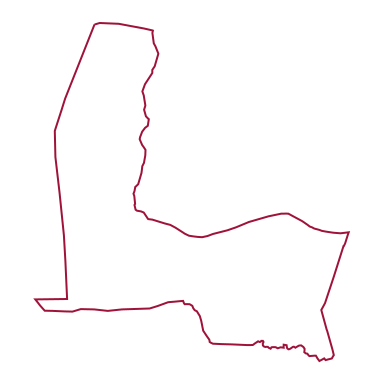 the district of Al Fashaga, Gedarif, Sudan
{"feature_id": "16777658B79230518314977", "entity_name": "Al Fashaga", "entity_type": "district", "adm_level": 2, "iso_a3": "SDN", "parent_name": "Sudan", "parent_adm1": "Gedarif", "projection": "orthographic", "projection_center": [36.017, 14.347], "detail": "fine", "context": "isolated", "style": "outline", "palette": "rose", "viewbox_px": 384, "rotation_deg": 0, "n_neighbors": 0, "source": "geoboundaries", "source_scale": "gbopen_adm2", "svg_char_len": 2776}
<svg xmlns="http://www.w3.org/2000/svg" viewBox="0 0 384 384"><path d="M61.4,110.5L55.5,128.7L54.8,131.0L55.4,157.0L59.6,193.2L63.9,235.3L65.4,261.2L67.1,299.0L35.3,299.4L38.1,302.9L39.2,304.4L40.6,306.1L44.7,310.7L52.9,310.9L64.6,311.4L72.5,311.6L80.8,309.1L94.2,309.4L107.8,310.9L122.0,309.4L149.6,308.5L157.7,306.0L168.2,302.2L174.3,301.7L179.5,301.2L183.1,300.9L183.9,303.1L184.7,304.2L186.4,304.1L189.6,304.2L192.3,305.8L193.3,308.3L194.7,310.2L196.9,311.3L198.1,313.3L199.8,316.0L201.2,320.7L203.2,330.7L206.9,336.3L208.7,338.8L209.3,339.7L209.5,340.6L209.7,342.0L211.0,342.8L212.9,343.7L221.6,344.1L232.1,344.4L247.8,345.1L252.8,345.0L254.8,343.5L258.1,341.3L259.6,342.0L260.6,341.8L261.3,340.9L262.9,340.9L263.5,342.0L262.8,343.5L262.9,345.5L264.1,346.6L265.6,347.0L266.6,346.8L267.9,346.9L268.7,347.8L270.6,348.7L271.5,347.3L273.0,347.1L275.7,347.2L277.7,348.3L280.6,347.3L283.7,347.7L283.6,346.5L283.7,344.7L286.6,345.2L286.8,346.7L287.2,348.3L288.4,349.3L289.6,349.1L291.5,347.9L292.8,346.9L293.9,346.7L295.4,347.7L298.7,345.7L299.7,345.5L301.2,345.4L303.4,347.0L304.6,348.8L304.5,350.6L304.3,352.2L305.8,353.4L307.4,353.7L308.2,354.9L309.4,356.1L314.1,355.7L315.9,355.7L317.6,358.6L319.4,361.0L321.5,359.9L324.2,358.4L325.6,360.1L328.5,359.3L331.8,358.5L331.9,358.4L332.9,356.5L333.8,355.1L332.5,349.7L327.1,330.6L326.7,329.7L321.3,310.0L325.0,303.2L333.7,277.0L343.5,246.1L343.8,246.1L345.1,243.5L347.8,234.9L348.7,232.3L340.5,233.3L333.1,232.7L325.9,231.6L322.1,230.9L321.9,230.9L319.4,229.9L319.0,229.8L314.1,228.5L312.2,227.4L309.7,226.5L307.5,224.8L302.3,221.2L293.2,216.3L288.4,213.7L287.9,213.7L286.8,213.6L286.1,213.6L281.1,213.7L268.6,216.3L248.5,222.1L248.4,222.2L236.1,227.3L227.4,230.3L212.9,234.0L207.6,236.0L202.1,237.2L197.6,236.9L193.4,236.4L188.9,235.7L184.4,233.5L183.6,232.9L175.5,227.7L170.3,224.9L164.6,223.4L152.3,219.6L148.2,219.1L148.0,218.9L143.8,212.6L143.7,212.5L141.0,211.4L137.0,210.7L135.6,209.7L134.5,205.0L134.6,204.9L135.0,204.0L135.1,203.9L134.3,196.0L134.2,195.7L133.5,193.7L134.5,191.1L135.2,187.3L135.2,187.1L138.1,184.3L138.2,184.2L141.4,173.2L141.5,173.0L141.5,172.8L141.9,169.8L142.3,166.2L144.0,162.8L144.0,162.7L145.3,155.3L145.5,149.9L144.1,147.7L142.1,144.9L139.7,139.3L139.7,139.1L140.1,137.0L140.2,136.9L142.2,131.6L142.4,131.4L144.8,128.2L145.0,127.9L147.8,125.8L148.8,119.2L148.6,119.1L146.0,116.4L145.9,116.2L144.1,109.7L145.3,105.8L145.3,105.7L145.3,105.1L143.8,95.8L143.8,95.6L143.7,95.3L142.4,91.5L142.4,91.3L145.0,84.2L152.3,73.0L152.3,69.9L154.5,66.6L154.7,66.3L158.3,53.9L158.3,53.5L155.3,46.0L155.1,45.7L153.8,43.4L152.4,33.0L152.4,32.9L152.9,30.6L152.4,30.4L144.0,28.5L130.5,26.0L118.8,23.8L99.7,23.0L94.6,24.5L94.4,24.4L94.5,24.5L65.1,98.7L61.4,110.5Z" fill="none" stroke="#9f1239" stroke-width="2"/></svg>